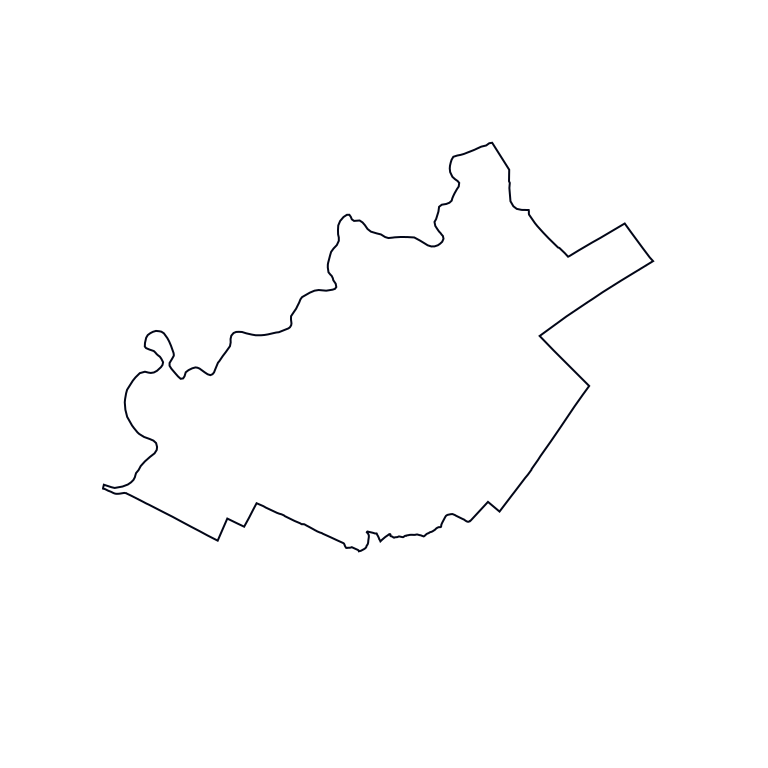 Poienarii Burchii, Prahova, Romania (Mercator projection), rotated 147°
{"feature_id": "2599482B75025162272167", "entity_name": "Poienarii Burchii", "entity_type": "district", "adm_level": 2, "iso_a3": "ROU", "parent_name": "Romania", "parent_adm1": "Prahova", "projection": "mercator", "projection_center": [26.024, 44.76], "detail": "fine", "context": "isolated", "style": "outline", "palette": "ink", "viewbox_px": 768, "rotation_deg": 147, "n_neighbors": 0, "source": "geoboundaries", "source_scale": "gbopen_adm2", "svg_char_len": 6137}
<svg xmlns="http://www.w3.org/2000/svg" viewBox="0 0 768 768"><g transform="rotate(147 384 384)"><path d="M448.2,244.6L447.4,244.6L445.6,243.8L444.9,243.6L443.4,242.8L441.7,241.6L440.2,240.6L439.6,240.4L438.6,240.0L438.1,239.7L436.3,237.7L435.6,237.1L434.7,235.8L434.3,235.4L433.9,234.7L433.7,234.6L433.4,234.5L432.9,234.5L430.0,235.0L428.8,234.9L428.2,234.7L427.7,234.6L426.7,234.7L426.1,234.6L424.8,234.2L424.4,234.1L423.2,234.0L420.6,234.0L419.4,234.3L418.8,234.4L417.4,234.4L416.0,234.1L415.8,234.0L415.0,233.4L414.5,233.2L414.1,233.2L413.9,233.2L413.7,233.4L412.6,234.7L411.3,235.6L410.3,236.2L407.8,237.6L405.1,239.1L404.0,239.6L403.4,239.7L402.7,239.7L401.9,239.6L398.8,238.4L398.1,238.0L397.7,237.8L397.4,237.6L396.4,236.2L395.8,235.3L395.4,234.4L391.7,228.2L391.2,227.4L390.9,227.1L390.6,226.3L390.0,224.8L389.6,224.0L389.1,223.2L388.4,222.6L388.1,222.4L387.8,222.3L386.4,222.4L386.2,222.3L386.2,222.2L385.5,222.3L361.0,228.5L356.6,214.1L336.8,221.2L333.6,222.3L316.9,228.3L312.7,229.6L307.0,231.8L306.5,232.3L296.3,236.4L292.1,238.3L275.6,244.9L260.7,251.1L236.0,261.6L223.2,266.7L213.0,270.6L223.4,319.5L227.3,339.5L194.2,341.3L168.6,341.7L161.9,341.7L150.7,341.9L129.8,341.6L91.4,340.5L92.2,345.4L93.0,357.0L94.2,377.4L94.7,387.5L123.2,388.7L132.3,389.3L147.8,390.0L158.5,390.3L160.3,390.5L161.1,395.3L162.8,402.6L163.7,403.7L166.6,416.7L168.0,424.1L169.4,432.8L169.8,436.7L169.9,440.2L170.1,447.1L169.6,448.2L168.5,449.8L167.9,451.1L173.8,455.1L177.3,458.6L178.7,462.6L178.4,468.4L172.1,480.1L169.0,484.1L168.7,486.0L162.3,495.5L161.9,527.4L164.6,528.6L168.4,528.4L173.2,530.1L181.4,531.3L192.0,533.5L194.9,534.4L198.1,535.7L202.1,536.8L205.1,535.3L207.3,533.5L209.8,531.1L211.5,528.9L213.1,525.7L213.8,520.5L212.9,517.1L211.7,514.1L211.4,511.7L213.8,508.9L216.7,507.7L221.1,505.4L223.4,504.0L225.6,502.5L227.4,500.9L230.4,500.4L233.8,501.1L237.9,502.9L241.3,502.6L244.5,498.9L250.5,493.9L253.4,492.4L254.9,488.6L254.9,484.8L254.8,481.9L254.4,479.8L254.3,478.0L254.0,476.0L255.0,473.4L257.7,471.6L260.5,471.1L263.2,471.0L266.7,471.9L269.4,473.6L271.8,476.5L273.2,479.5L275.8,484.9L278.8,490.4L284.5,494.6L290.1,498.3L295.2,501.2L297.1,502.1L300.8,504.0L303.0,506.6L305.1,511.1L308.1,514.3L312.0,518.9L313.4,523.0L313.5,527.6L314.0,531.2L315.4,534.4L320.3,537.1L321.3,539.6L320.8,542.3L320.9,544.8L323.0,546.1L327.0,546.1L332.0,544.6L336.0,541.9L338.8,538.1L341.0,534.5L342.1,531.5L343.9,528.7L347.9,526.2L352.5,525.1L356.4,523.6L359.1,521.3L364.8,516.1L366.1,514.7L367.7,512.3L369.7,507.9L369.4,505.0L369.0,503.2L369.3,500.6L370.0,498.6L369.9,494.4L371.2,491.3L373.3,490.5L375.7,491.1L381.6,493.7L387.6,498.4L391.4,500.1L396.4,501.0L401.8,501.3L405.4,501.5L408.0,500.5L410.8,498.5L413.9,496.7L416.7,495.0L420.1,493.6L425.0,491.5L426.8,488.9L428.6,485.2L429.9,483.8L432.0,482.8L433.9,482.7L444.0,484.7L446.4,485.9L449.1,486.9L454.3,488.8L457.5,490.2L460.7,491.9L465.0,494.7L467.8,497.3L471.9,501.5L474.7,504.9L477.3,506.8L479.7,508.2L482.4,508.7L485.7,507.7L488.2,505.3L490.0,502.3L492.6,499.6L499.4,496.9L503.9,495.3L509.8,492.8L511.6,492.3L518.0,487.9L520.2,486.3L522.5,485.6L524.8,486.0L526.6,488.2L528.0,491.4L530.3,497.4L531.6,499.3L533.1,500.6L536.3,501.6L540.4,502.1L543.9,501.8L547.1,499.1L549.4,498.1L551.7,499.1L552.6,502.4L553.1,505.8L553.8,511.1L554.0,512.8L553.9,516.1L552.4,518.4L547.7,520.7L544.9,522.2L544.3,523.1L543.6,524.6L541.8,532.1L541.0,536.8L540.7,540.5L541.0,546.4L542.2,549.1L543.7,550.6L546.3,552.7L549.3,553.6L552.3,553.9L555.5,553.7L558.3,552.3L562.1,548.6L564.2,545.7L564.0,543.7L562.0,540.7L559.1,537.0L558.6,534.8L558.4,533.0L557.9,531.1L557.1,529.0L557.0,526.6L557.4,522.6L559.4,520.6L561.9,519.6L567.2,518.7L570.7,519.0L573.6,520.3L575.4,521.9L577.8,524.5L582.9,526.1L588.8,524.9L592.8,523.6L602.6,519.1L605.4,516.6L609.4,512.3L611.4,509.8L614.9,503.3L617.3,496.3L617.9,486.5L617.7,483.1L617.1,477.7L616.5,475.4L614.1,470.3L610.4,465.4L608.2,462.1L607.3,458.6L608.6,454.8L610.5,452.5L614.2,450.8L620.1,450.3L626.7,449.3L632.7,447.7L636.7,445.5L640.5,444.3L642.5,442.6L643.7,441.5L646.4,440.0L649.7,439.3L653.6,439.2L659.1,440.4L666.5,443.5L668.8,445.9L673.8,452.1L676.1,449.9L676.6,449.3L675.1,447.6L673.5,444.8L672.7,443.7L671.8,442.5L671.2,441.5L670.4,440.1L669.7,439.1L669.1,438.4L668.2,437.6L667.1,436.9L665.4,436.0L661.1,434.1L660.4,433.4L659.6,432.8L659.3,432.0L657.2,428.6L650.4,416.8L648.4,413.2L647.0,411.0L639.1,397.2L633.6,387.7L628.9,379.1L623.5,369.3L618.8,361.0L614.5,353.1L608.8,343.2L588.7,356.5L582.7,346.5L579.0,340.5L569.9,345.4L561.9,350.0L555.8,353.4L554.6,351.6L551.8,347.4L551.0,345.9L550.6,345.0L544.4,335.0L544.2,334.6L542.5,332.3L540.9,330.5L540.0,329.1L539.5,328.4L539.4,328.0L539.2,327.3L533.6,317.9L530.9,313.9L530.3,313.0L530.0,312.5L529.9,312.2L529.7,311.8L529.2,311.0L528.3,310.7L528.0,310.3L527.3,309.8L526.6,308.6L526.2,307.7L525.0,305.6L523.7,303.2L522.9,301.7L522.1,300.2L521.4,298.8L520.8,297.8L520.3,296.8L518.6,294.3L517.4,292.9L516.9,291.8L512.4,284.8L508.4,278.4L505.0,273.1L504.6,272.4L504.5,271.9L504.6,270.9L504.9,269.7L505.0,268.9L505.0,267.2L504.7,266.9L504.3,266.6L503.6,266.4L503.4,266.3L502.7,265.8L502.0,265.4L501.4,265.1L500.5,264.8L499.9,264.7L497.8,261.4L496.3,259.1L496.0,258.4L496.0,258.1L496.2,257.4L495.1,257.0L494.2,256.7L493.1,256.6L490.7,256.4L489.7,256.4L489.0,256.5L488.4,256.6L488.0,256.8L487.4,257.1L486.9,257.6L486.3,258.0L485.8,258.1L485.3,258.3L484.7,258.7L483.7,259.6L482.2,261.5L480.0,264.0L479.5,264.8L479.1,265.5L479.0,266.3L478.9,266.9L478.9,267.5L479.2,269.0L478.9,269.2L478.3,269.3L478.0,269.1L477.4,268.4L476.6,267.6L474.3,265.2L473.0,263.6L472.2,263.0L471.6,262.7L471.6,262.3L471.8,261.4L471.9,259.5L472.3,257.0L472.5,256.6L472.5,255.8L472.6,254.5L472.7,254.0L470.7,254.4L467.0,254.9L466.0,255.0L462.6,255.1L461.5,255.2L461.0,255.0L460.8,254.9L460.7,254.8L460.6,254.6L460.6,254.3L460.6,254.2L461.2,253.5L461.3,253.1L461.2,252.8L461.0,252.4L460.6,252.1L460.2,251.5L459.8,250.6L459.7,250.2L459.4,249.8L459.2,249.6L458.8,249.6L458.2,249.4L457.3,248.9L456.1,248.3L454.7,248.1L454.2,247.8L452.7,246.3L451.5,245.2L451.0,245.1L449.5,245.2L448.7,245.1L448.2,244.6Z" fill="none" stroke="#020617" stroke-width="2"/></g></svg>